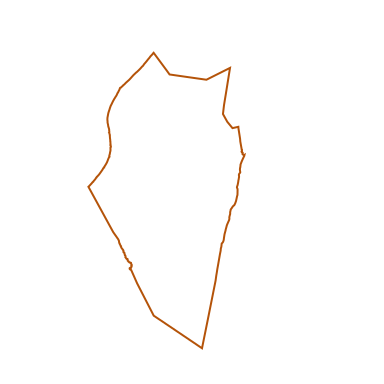 the district of Skaftárhreppur, Suðurland, Iceland, rotated 149°
{"feature_id": "244011B24957701647142", "entity_name": "Skaftárhreppur", "entity_type": "district", "adm_level": 2, "iso_a3": "ISL", "parent_name": "Iceland", "parent_adm1": "Suðurland", "projection": "mercator", "projection_center": [-18.128, 64.02], "detail": "fine", "context": "isolated", "style": "outline", "palette": "amber", "viewbox_px": 384, "rotation_deg": 149, "n_neighbors": 0, "source": "geoboundaries", "source_scale": "gbopen_adm2", "svg_char_len": 5453}
<svg xmlns="http://www.w3.org/2000/svg" viewBox="0 0 384 384"><g transform="rotate(149 192 192)"><path d="M263.9,52.9L243.7,75.0L217.5,103.8L214.2,107.9L212.3,110.1L209.9,113.0L207.7,115.5L199.9,124.5L197.7,126.9L196.4,128.7L195.1,129.9L193.1,132.5L191.7,132.9L191.3,133.1L190.2,133.9L189.3,134.8L188.4,136.0L187.4,137.2L185.9,139.0L185.5,139.4L182.9,141.9L182.7,142.2L182.3,142.6L180.5,144.3L179.4,145.4L178.5,146.1L176.0,147.9L174.8,148.7L174.2,149.3L173.9,149.6L173.5,150.2L173.1,151.0L172.4,151.8L170.7,153.4L170.3,154.0L170.0,154.6L169.8,154.8L169.3,155.5L168.7,156.0L168.0,156.9L167.5,157.2L166.3,157.7L165.1,158.3L164.1,158.7L163.1,158.9L162.6,158.9L162.3,159.1L161.0,159.9L158.9,161.6L157.1,163.5L155.9,164.8L155.3,165.4L154.7,165.9L154.2,166.6L151.8,170.4L151.4,171.3L151.3,171.6L151.3,171.9L151.2,172.6L151.1,172.8L150.9,173.1L150.4,173.6L149.6,174.2L149.0,174.8L147.3,176.7L146.2,178.1L145.2,179.1L144.7,179.8L144.1,180.4L143.6,181.2L143.4,181.5L143.3,181.8L143.1,182.4L142.8,182.7L142.4,183.1L141.9,183.4L141.0,183.7L140.8,183.8L140.6,183.9L140.5,184.1L140.3,184.4L140.1,185.0L139.8,185.7L139.4,186.5L138.7,187.5L138.1,188.2L137.8,188.4L137.6,188.6L137.3,189.2L136.9,189.6L136.5,190.2L136.3,190.5L133.9,192.4L132.4,193.5L129.0,195.8L128.5,196.1L128.2,196.5L127.9,196.8L128.0,196.8L128.3,197.0L128.7,197.3L128.9,197.6L129.1,197.9L129.1,198.3L128.9,198.6L129.0,198.7L128.9,198.8L128.8,199.0L128.8,199.3L128.7,199.5L128.4,199.7L128.5,199.9L128.5,200.0L128.5,200.3L128.8,200.6L128.8,200.9L128.7,201.1L128.3,201.2L128.2,201.2L128.1,201.3L128.1,201.5L127.9,201.8L127.6,202.1L127.5,202.3L127.4,202.5L127.5,202.7L127.4,202.8L127.4,203.1L124.6,210.4L123.4,212.8L119.5,222.4L118.7,224.0L119.3,224.2L124.4,225.9L125.6,234.0L125.3,242.9L119.8,250.0L116.5,253.9L112.0,259.2L95.5,278.8L121.8,280.8L136.1,292.4L150.7,304.3L151.1,309.1L153.2,331.1L153.9,330.9L155.1,330.4L155.8,330.2L157.7,329.7L159.3,329.0L161.7,328.2L163.2,327.6L165.5,326.8L167.1,326.3L169.0,325.4L170.2,325.2L172.7,324.4L175.4,323.7L176.0,323.6L176.7,323.4L177.9,323.2L178.2,323.2L182.2,322.3L182.8,322.1L183.1,322.0L183.8,321.8L186.0,321.1L188.1,320.5L192.3,319.7L194.2,319.2L194.9,319.0L195.7,319.0L196.6,318.7L197.2,318.5L197.7,318.5L198.9,318.2L199.2,318.1L199.7,318.3L200.0,318.3L200.4,318.0L200.6,317.9L201.3,317.2L202.7,316.4L203.2,316.0L203.5,315.9L204.1,315.4L204.8,315.2L205.0,315.0L205.5,314.7L206.9,313.7L207.7,313.3L208.6,312.9L209.3,312.5L211.3,311.5L212.2,310.9L212.5,310.8L214.5,309.5L214.8,309.3L215.7,308.7L217.5,307.6L218.0,307.1L218.3,306.9L218.5,306.8L219.0,306.3L219.4,306.0L219.6,305.8L220.1,305.3L221.9,303.8L223.2,302.6L226.3,299.1L227.5,297.2L227.7,296.6L228.2,295.7L228.4,295.4L228.6,295.0L229.0,293.9L229.3,292.9L229.9,291.6L230.1,290.7L230.3,290.2L230.3,289.9L230.8,288.3L231.1,287.8L231.4,287.2L231.7,286.5L232.1,285.9L232.2,285.7L232.4,285.4L232.5,285.4L232.5,285.0L232.7,284.6L232.8,284.3L232.9,283.7L233.0,283.5L233.0,283.4L233.2,283.2L233.3,282.7L233.8,281.9L234.5,280.5L234.6,280.3L234.7,280.1L234.9,279.6L235.0,279.4L235.2,278.9L235.6,278.2L235.7,277.9L236.1,277.3L236.1,277.0L236.2,276.9L237.2,275.0L237.4,274.9L237.5,274.7L237.5,274.3L237.6,274.2L237.8,273.8L238.0,273.7L237.9,273.3L237.9,273.2L238.2,272.6L238.3,272.4L239.0,272.1L239.2,271.8L240.1,270.2L240.7,269.3L240.9,269.1L241.7,268.3L242.9,266.9L244.0,265.9L244.5,265.3L244.6,265.0L244.6,264.7L245.1,264.6L245.4,264.4L246.7,263.5L247.7,262.7L248.7,261.9L249.5,261.3L250.8,260.5L252.5,259.6L253.7,259.0L254.4,258.7L254.5,258.6L254.9,258.3L254.9,258.2L255.5,258.2L255.9,258.0L257.5,257.1L260.2,255.9L262.3,255.0L263.1,254.7L265.2,254.1L265.9,254.0L266.2,253.7L266.3,253.6L267.0,253.5L268.1,252.9L268.9,252.6L270.8,252.0L271.4,251.6L272.0,251.7L272.4,251.5L273.0,251.3L273.8,251.0L274.0,250.9L274.3,250.9L275.5,250.5L277.6,249.9L278.1,249.8L280.2,198.2L279.6,189.5L279.7,188.7L279.7,188.1L279.9,187.4L280.3,186.7L280.4,186.2L280.5,185.8L280.6,185.7L280.5,185.0L280.6,184.9L280.8,184.4L280.8,184.1L280.8,183.7L280.8,183.3L280.8,183.1L280.8,182.9L280.8,182.7L281.0,182.4L280.9,182.0L280.8,181.9L281.2,181.1L281.2,180.9L281.2,180.7L281.2,180.3L281.2,180.2L281.2,179.9L281.2,179.7L281.1,179.4L281.0,179.1L281.0,178.9L281.1,178.5L281.1,178.2L281.0,177.9L280.9,177.8L280.9,177.6L281.0,177.3L281.0,177.2L281.1,176.9L281.1,176.7L281.3,176.5L281.6,176.1L281.7,175.9L281.7,175.6L281.4,175.2L281.3,174.8L281.3,174.5L281.4,174.4L281.6,174.2L281.7,173.9L281.7,173.6L281.7,173.4L282.0,172.7L282.1,172.4L281.9,172.1L281.9,171.9L281.9,171.7L282.0,171.3L282.1,171.1L282.3,170.9L282.4,170.7L282.5,170.6L282.4,170.5L282.4,170.4L282.6,170.0L282.6,169.9L282.6,169.7L282.6,169.4L282.6,169.0L282.6,168.9L282.5,168.3L282.4,168.2L281.9,168.0L281.8,167.9L281.9,167.6L282.0,167.1L282.2,166.9L282.3,166.7L282.4,166.4L282.5,166.2L282.3,165.7L282.3,165.4L282.3,165.2L282.1,165.1L282.1,164.9L282.1,164.6L282.0,164.4L282.0,164.2L281.9,164.1L281.8,163.9L281.7,163.8L281.8,163.7L281.6,163.4L281.3,163.3L281.2,163.2L280.9,162.9L280.8,162.7L281.0,162.4L281.1,162.2L281.2,161.8L281.2,161.6L281.2,161.4L281.1,161.1L281.4,160.7L281.3,160.3L281.4,160.2L282.0,160.0L282.0,159.9L282.1,159.7L282.3,159.4L282.3,159.2L282.5,159.2L282.8,158.8L283.0,158.7L283.4,158.4L283.5,158.5L283.6,158.4L283.6,158.6L283.9,158.7L284.2,158.9L284.4,158.9L284.7,158.8L284.9,158.5L285.0,158.3L285.0,158.0L285.0,157.8L284.9,157.5L284.8,157.2L284.3,156.4L286.1,141.9L288.5,105.7L276.5,80.0L263.9,52.9Z" fill="none" stroke="#b45309" stroke-width="2"/></g></svg>